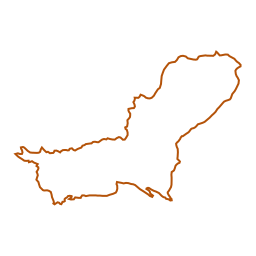 Limbang, Sarawak, Malaysia (orthographic projection), rotated 270°
{"feature_id": "92858781B30612990862702", "entity_name": "Limbang", "entity_type": "district", "adm_level": 2, "iso_a3": "MYS", "parent_name": "Malaysia", "parent_adm1": "Sarawak", "projection": "orthographic", "projection_center": [115.07, 4.369], "detail": "fine", "context": "isolated", "style": "outline", "palette": "amber", "viewbox_px": 256, "rotation_deg": 270, "n_neighbors": 0, "source": "geoboundaries", "source_scale": "gbopen_adm2", "svg_char_len": 3901}
<svg xmlns="http://www.w3.org/2000/svg" viewBox="0 0 256 256"><g transform="rotate(270 128 128)"><path d="M204.3,216.2L201.6,215.1L200.2,213.3L200.3,209.4L200.3,207.6L200.6,205.4L199.9,200.2L199.3,198.7L196.7,197.2L196.3,195.9L196.5,193.4L197.7,187.8L199.5,185.8L200.2,183.0L199.9,180.7L198.7,178.5L196.0,176.9L194.1,175.0L193.7,171.9L192.8,168.9L190.2,166.8L186.4,164.0L183.2,162.8L180.0,161.7L175.8,161.3L172.0,161.0L168.1,159.8L166.7,157.9L162.8,155.3L160.3,153.9L158.2,151.7L157.6,149.8L157.7,147.9L158.4,145.8L159.7,144.4L160.5,142.8L161.3,140.6L159.3,139.6L158.2,138.4L158.3,134.7L157.3,134.9L155.3,134.4L153.9,133.4L151.5,134.5L149.5,134.9L147.9,133.9L147.8,131.8L147.1,128.5L145.7,128.4L144.3,128.9L142.4,130.2L141.0,130.2L139.0,130.0L137.7,129.1L135.8,127.4L132.8,127.7L129.5,127.1L128.6,125.2L127.0,125.6L126.3,126.7L124.9,127.2L123.4,127.6L120.9,127.6L118.0,125.9L116.4,124.7L116.3,122.9L118.5,120.5L118.9,118.9L117.9,116.8L116.4,114.8L116.5,112.6L117.0,109.9L117.7,107.6L116.6,106.4L117.0,104.0L116.5,102.3L115.7,101.1L113.8,98.5L113.8,97.2L114.2,95.3L114.2,94.0L113.9,92.8L112.6,91.5L112.6,90.8L112.1,87.2L111.9,85.8L110.9,84.5L110.3,82.5L108.4,81.3L107.8,79.6L107.0,77.6L105.5,75.1L106.0,73.6L107.7,71.9L107.2,69.7L105.7,68.8L105.6,67.5L106.0,66.2L106.0,64.7L105.9,62.9L104.7,61.0L103.6,60.1L104.7,58.2L105.4,56.4L105.3,54.5L103.8,53.9L103.1,53.3L102.8,49.9L103.5,49.0L104.2,47.9L103.8,46.4L105.2,44.9L106.4,43.7L108.5,41.9L106.6,40.8L104.2,40.1L103.3,38.8L103.1,36.9L103.2,34.7L103.3,32.1L103.5,30.1L105.2,27.6L106.5,26.3L108.4,24.3L109.0,23.0L108.6,20.9L107.3,21.1L105.8,22.0L103.6,22.5L102.1,22.0L102.0,19.9L102.7,17.9L102.0,15.4L99.6,17.9L98.5,19.4L97.1,21.7L95.3,24.3L95.1,26.3L95.3,28.6L93.8,28.9L94.1,30.2L94.8,32.0L93.5,33.8L91.9,37.7L90.0,36.5L88.7,38.3L87.4,38.4L85.7,37.6L84.1,36.6L82.4,37.4L80.7,37.8L78.6,37.1L76.3,36.4L74.0,38.4L71.8,39.0L68.8,40.0L65.9,42.9L65.5,44.1L65.7,47.1L65.2,48.9L64.0,50.8L61.3,51.6L58.9,52.0L55.0,53.6L53.4,53.9L52.5,53.4L51.7,54.6L52.6,55.9L53.7,57.6L53.2,59.2L52.1,60.1L51.8,61.3L52.8,61.9L54.2,62.5L54.2,63.6L54.9,64.8L56.8,64.6L57.7,65.4L58.7,67.1L59.9,68.0L60.2,69.7L59.9,71.6L59.3,71.7L58.4,71.1L57.0,69.2L56.5,71.0L56.7,73.8L58.6,75.2L58.4,76.6L58.1,79.0L58.1,80.7L59.1,81.1L60.6,82.2L60.6,84.1L59.9,85.9L60.6,89.5L60.6,93.3L60.6,95.8L60.4,97.6L60.4,99.9L60.1,103.0L60.1,106.8L61.2,109.6L62.2,113.1L63.4,115.8L65.0,116.7L67.2,117.3L70.4,117.2L71.9,116.5L74.0,117.0L73.7,118.4L73.1,121.6L72.6,123.6L73.1,126.0L72.9,128.3L72.0,131.1L71.7,133.3L70.9,135.2L66.9,139.9L64.6,143.6L61.4,148.4L60.1,149.8L59.1,152.2L60.4,153.0L62.2,150.6L63.3,150.0L64.4,149.8L65.2,149.1L65.9,148.3L67.0,146.4L67.6,146.6L68.2,148.0L67.9,149.2L66.9,150.6L66.0,152.2L65.1,154.0L64.5,155.8L63.0,158.9L60.1,161.7L58.9,163.4L58.4,165.3L57.2,166.1L56.7,168.6L55.5,170.3L55.7,171.7L57.0,171.5L57.6,170.3L58.3,170.5L60.9,168.7L62.6,167.8L63.7,167.7L65.4,169.0L67.0,169.9L68.9,171.0L71.3,171.5L75.4,171.6L78.5,171.6L81.3,171.4L84.0,171.7L84.7,172.8L85.6,174.0L87.7,174.8L90.1,175.5L91.3,176.4L92.6,178.0L93.2,179.5L94.5,179.9L95.6,178.9L97.0,177.4L98.5,177.5L98.9,177.6L103.8,177.9L107.1,177.7L109.1,176.8L110.9,176.3L112.3,176.1L113.5,177.0L114.7,178.4L115.7,179.1L117.0,180.1L118.4,180.7L119.8,181.8L119.8,182.8L122.5,186.6L123.2,187.8L124.2,189.0L126.9,191.0L127.5,192.0L127.9,193.7L128.8,195.3L130.0,196.5L131.7,197.9L132.3,199.9L133.2,202.6L134.1,204.6L138.3,209.6L140.8,212.0L142.2,213.6L144.1,215.5L147.0,217.4L148.8,219.2L153.1,222.9L154.4,224.1L155.2,225.8L155.9,228.1L156.6,229.9L157.8,230.8L160.3,231.7L162.0,232.3L164.9,234.7L167.0,235.9L172.4,238.5L175.8,238.9L178.3,237.7L179.9,236.6L182.0,235.8L185.2,235.4L186.5,236.1L187.8,237.4L189.0,239.3L189.6,240.5L191.1,240.6L193.0,238.9L194.2,237.1L195.5,235.8L197.2,234.4L199.9,229.4L201.4,227.8L201.5,225.3L200.7,221.3L200.6,219.7L203.6,217.1L204.3,216.2Z" fill="none" stroke="#b45309" stroke-width="2"/></g></svg>